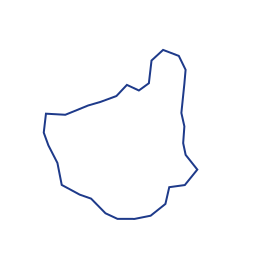 outline of Panagra, Cyprus, rotated 205°
{"feature_id": "46923920B46239783627479", "entity_name": "Panagra", "entity_type": "district", "adm_level": 2, "iso_a3": "CYP", "parent_name": "Cyprus", "parent_adm1": "", "projection": "albers", "projection_center": [33.067, 35.342], "detail": "fine", "context": "isolated", "style": "outline", "palette": "blue", "viewbox_px": 256, "rotation_deg": 205, "n_neighbors": 0, "source": "geoboundaries", "source_scale": "gbopen_adm2", "svg_char_len": 526}
<svg xmlns="http://www.w3.org/2000/svg" viewBox="0 0 256 256"><g transform="rotate(205 128 128)"><path d="M147.2,166.6L152.0,152.1L164.0,140.0L173.6,131.6L190.4,113.5L208.4,106.3L202.4,88.2L192.8,78.6L177.2,66.5L164.0,48.4L143.6,47.2L131.6,48.4L112.4,41.2L99.2,41.2L83.6,48.4L70.4,58.1L62.0,75.0L65.6,91.8L52.4,100.3L47.6,119.6L64.4,128.0L71.6,137.6L77.6,153.3L86.0,164.2L95.6,191.9L100.4,205.1L112.4,214.8L129.2,213.6L135.2,199.1L128.0,177.4L134.0,166.6L147.2,166.6Z" fill="none" stroke="#1e3a8a" stroke-width="2"/></g></svg>